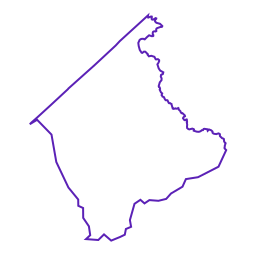 the district of Buchanan, Virginia, United States of America
{"feature_id": "52423323B31243309181200", "entity_name": "Buchanan", "entity_type": "district", "adm_level": 2, "iso_a3": "USA", "parent_name": "United States of America", "parent_adm1": "Virginia", "projection": "equal_earth", "projection_center": [-81.918, 37.288], "detail": "fine", "context": "isolated", "style": "outline", "palette": "violet", "viewbox_px": 256, "rotation_deg": 0, "n_neighbors": 0, "source": "geoboundaries", "source_scale": "gbopen_adm2", "svg_char_len": 2795}
<svg xmlns="http://www.w3.org/2000/svg" viewBox="0 0 256 256"><path d="M161.8,26.9L162.2,26.5L162.3,26.0L160.0,23.8L156.4,22.8L155.2,21.6L155.0,21.1L155.1,20.0L156.3,18.7L156.3,18.4L155.6,18.1L153.0,19.7L152.0,19.5L151.6,18.9L151.7,17.4L151.9,17.0L151.7,16.5L151.0,16.5L148.2,17.6L147.7,16.9L148.0,15.4L119.8,41.1L115.7,45.5L94.6,65.1L68.3,88.6L68.0,89.1L50.3,105.5L37.5,117.2L31.5,122.5L29.8,124.2L37.1,119.8L51.5,134.6L56.3,162.0L68.4,187.5L78.2,199.5L78.3,205.8L83.1,208.0L83.2,217.9L88.9,226.3L90.2,235.2L86.0,239.1L98.3,240.0L104.0,234.4L111.2,240.6L120.0,237.0L124.8,234.7L125.9,229.0L131.1,226.8L129.9,220.1L134.5,203.8L140.4,199.8L144.5,203.4L149.4,200.1L158.4,200.8L166.2,198.9L171.0,193.5L182.5,186.7L185.9,179.1L198.0,177.2L218.5,166.7L226.2,150.1L224.6,148.4L224.5,147.7L224.8,146.9L224.7,146.1L225.6,143.2L225.4,142.9L224.9,142.7L224.1,141.4L224.0,139.9L223.8,138.9L223.3,138.6L222.1,138.2L221.8,138.0L221.5,137.5L220.8,137.0L219.9,136.0L219.9,135.5L219.9,135.1L219.9,134.2L219.0,133.6L218.5,133.4L218.1,133.6L217.8,133.7L217.3,133.7L216.4,134.1L214.1,133.8L213.2,133.4L212.5,132.7L212.5,131.5L211.2,130.3L209.1,129.5L208.8,129.7L207.7,130.8L207.6,130.5L207.8,129.9L207.6,129.3L204.3,128.8L203.6,129.0L203.0,130.1L202.3,130.2L201.8,130.2L200.9,131.0L199.7,131.6L198.7,131.8L196.9,131.7L193.7,130.7L193.7,130.1L194.0,129.5L193.7,129.1L192.2,128.6L191.0,129.0L190.7,129.0L189.4,129.4L188.4,129.1L187.1,128.0L187.0,126.4L187.2,124.8L186.8,122.5L187.0,122.3L187.1,122.1L186.8,119.5L186.3,119.4L185.1,120.3L184.2,119.9L183.3,118.7L183.2,118.5L183.0,118.2L183.1,117.9L183.7,117.0L185.0,116.2L184.8,115.4L182.4,113.1L181.5,113.2L180.6,112.0L180.4,111.2L178.7,109.5L178.5,108.2L178.2,108.0L177.8,108.4L176.4,108.7L175.7,108.6L175.5,108.4L173.7,108.9L173.4,108.9L173.1,108.3L173.1,108.1L172.8,108.0L172.6,108.1L171.5,104.3L171.5,104.0L170.3,103.4L170.0,103.1L169.3,103.2L169.1,103.2L168.8,103.0L168.6,102.7L167.6,100.5L167.4,100.5L167.2,100.2L165.6,100.2L164.4,98.4L164.2,97.5L163.9,97.1L162.5,96.6L162.2,95.9L161.6,95.1L162.2,93.4L161.1,92.5L161.0,92.4L159.7,89.7L160.1,89.0L159.7,87.4L159.0,87.1L158.7,86.1L159.8,82.3L161.5,80.2L161.6,78.3L160.8,76.7L161.0,75.0L161.9,74.3L162.5,74.3L162.9,74.0L163.3,72.3L160.2,70.6L158.7,68.4L157.4,64.3L158.4,62.9L159.2,61.0L159.1,60.1L158.0,59.2L157.2,59.2L156.7,59.4L155.7,59.3L154.4,56.8L151.3,55.8L148.9,56.3L147.6,54.7L147.8,54.2L145.3,51.7L144.0,51.6L142.3,52.9L141.6,52.7L139.8,50.0L138.7,46.0L138.3,42.9L139.6,40.0L140.6,39.2L142.0,38.8L143.9,38.9L144.3,39.3L144.8,39.3L147.2,36.9L149.1,35.3L151.8,36.2L153.1,36.1L153.3,35.9L153.3,35.0L152.8,34.5L152.7,34.1L152.8,32.5L153.1,31.8L153.6,31.5L154.5,31.3L155.6,31.5L156.3,31.1L156.2,29.2L156.6,28.5L157.2,28.1L160.3,27.0L161.8,26.9L161.8,26.9Z" fill="none" stroke="#5b21b6" stroke-width="2"/></svg>